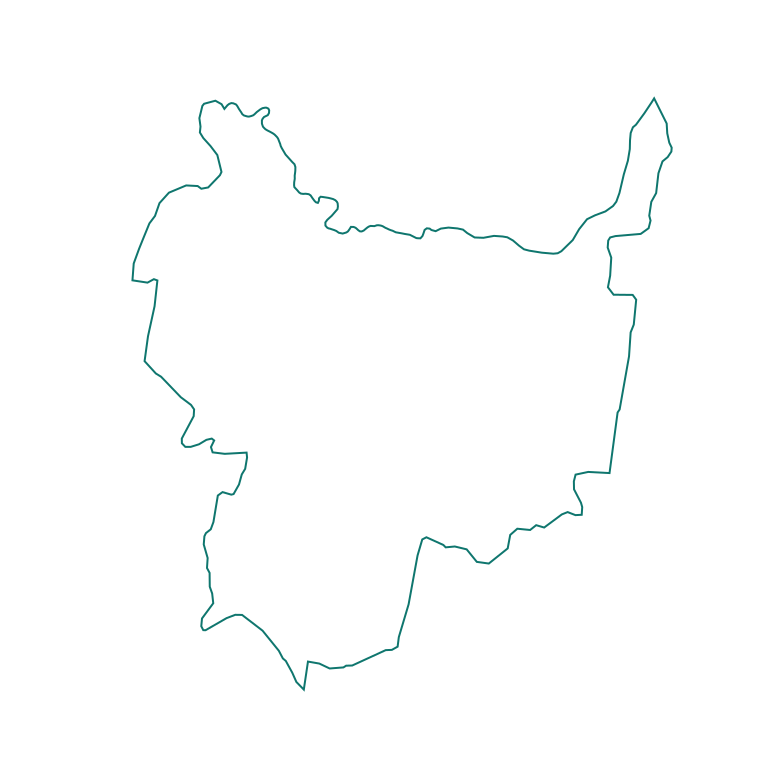 outline of Santa Catarina Mita, Jutiapa, Guatemala, rotated 6°
{"feature_id": "79465075B98787750844284", "entity_name": "Santa Catarina Mita", "entity_type": "district", "adm_level": 2, "iso_a3": "GTM", "parent_name": "Guatemala", "parent_adm1": "Jutiapa", "projection": "equal_earth", "projection_center": [-89.779, 14.442], "detail": "fine", "context": "isolated", "style": "outline", "palette": "teal", "viewbox_px": 768, "rotation_deg": 6, "n_neighbors": 0, "source": "geoboundaries", "source_scale": "gbopen_adm2", "svg_char_len": 4010}
<svg xmlns="http://www.w3.org/2000/svg" viewBox="0 0 768 768"><g transform="rotate(6 384 384)"><path d="M622.8,71.7L620.8,75.8L614.6,87.6L607.5,99.8L604.7,102.7L603.1,108.6L603.2,115.9L603.9,124.7L603.2,136.5L600.6,150.4L598.2,169.4L596.0,178.4L593.2,183.0L586.2,189.2L576.2,194.2L568.7,198.9L561.9,209.6L556.7,221.1L546.5,233.4L543.1,235.8L538.8,236.7L527.2,236.9L514.4,236.2L509.1,235.4L503.8,232.3L497.3,227.8L491.3,225.2L486.5,224.9L477.9,225.2L467.6,228.2L458.8,228.8L451.0,225.2L446.4,222.2L440.8,221.6L431.8,221.7L424.3,223.5L419.4,226.6L415.1,225.9L413.2,224.7L410.3,224.7L408.3,226.5L407.4,230.6L406.8,232.8L405.0,235.3L402.8,235.5L400.9,235.5L398.3,234.5L395.4,233.4L394.1,232.9L388.9,232.6L385.8,232.3L379.9,231.9L378.2,231.3L376.6,230.7L374.6,230.3L372.5,229.7L371.2,229.2L369.0,228.5L366.4,227.3L365.0,226.9L363.4,226.7L361.6,226.7L360.3,226.9L357.9,228.0L354.1,228.2L352.5,229.0L351.2,230.0L349.6,231.6L347.8,233.5L345.9,234.6L344.1,234.7L342.4,233.8L341.1,232.8L339.4,231.6L337.4,231.0L334.7,231.2L333.6,233.5L332.2,236.0L330.8,237.2L327.2,238.7L323.2,238.3L320.6,236.8L318.3,236.1L315.9,235.6L314.2,235.2L312.5,235.0L311.1,234.4L309.2,232.6L308.8,229.4L310.4,226.7L311.8,225.1L314.4,222.2L319.5,214.9L319.6,212.2L319.0,209.1L318.1,207.7L316.4,206.3L314.1,205.4L311.6,205.0L309.3,204.7L303.3,204.4L301.4,204.4L300.0,206.1L300.1,208.6L299.3,210.8L297.3,210.4L295.8,209.2L293.5,206.7L291.3,204.1L289.4,203.1L287.5,203.0L286.0,203.0L283.7,203.4L281.4,203.3L279.6,202.4L277.3,200.2L274.3,197.6L273.8,195.7L273.6,192.7L273.8,189.3L273.4,186.0L273.5,183.0L273.5,181.1L273.2,177.5L272.0,174.8L269.4,172.7L266.1,169.7L262.1,166.1L257.6,160.0L256.3,157.9L255.7,156.2L254.7,154.3L253.0,151.0L251.9,149.7L250.5,148.5L249.0,147.3L247.2,146.3L244.4,145.1L241.5,144.0L239.4,143.0L237.9,141.8L236.7,140.7L235.4,137.9L235.0,134.6L235.6,132.8L236.8,131.0L240.3,128.8L241.3,126.5L241.2,123.8L240.2,122.2L238.2,121.5L236.9,121.6L234.3,122.4L232.3,123.8L229.0,126.9L227.0,129.3L225.9,130.4L223.9,131.4L221.7,132.2L220.0,132.2L216.7,131.6L214.9,130.5L213.5,128.6L212.2,127.1L210.8,125.4L209.7,123.8L208.6,122.4L207.5,121.4L204.7,120.6L202.8,120.6L200.8,121.6L199.2,123.1L196.5,127.1L193.2,122.7L186.7,119.9L175.8,124.1L174.3,126.4L172.6,138.9L174.6,147.2L174.6,153.1L178.6,158.3L186.6,165.5L194.3,173.7L200.2,190.1L199.0,193.5L188.6,206.9L181.9,208.9L178.0,206.6L166.5,207.2L150.1,216.2L141.8,227.6L138.7,240.8L133.9,248.8L128.9,266.0L126.3,275.1L122.5,290.3L123.0,307.2L138.2,307.9L144.2,303.8L147.8,304.7L147.7,330.6L144.3,361.3L143.5,386.3L156.0,397.4L161.6,400.1L183.3,418.4L194.3,425.0L197.8,429.1L198.1,435.9L188.6,459.4L189.2,464.1L193.0,467.3L198.4,466.7L206.3,463.3L213.2,458.1L218.4,456.3L221.0,457.9L218.5,464.8L220.7,469.9L232.9,470.1L254.5,466.6L255.5,471.4L254.8,482.9L252.0,488.8L250.3,499.1L245.9,509.2L243.7,510.0L234.7,508.4L230.4,512.3L228.8,539.1L226.9,546.6L222.5,550.9L221.3,554.2L221.5,562.4L226.8,575.5L227.2,585.5L230.3,590.1L231.9,603.8L235.0,610.3L237.1,619.9L227.5,636.2L227.6,644.0L230.0,647.7L232.3,647.5L251.9,633.3L260.2,629.1L267.0,628.5L289.0,642.0L307.3,660.3L312.1,667.5L315.3,669.7L323.0,680.8L328.0,689.5L336.2,696.3L337.4,668.0L348.9,668.8L359.7,672.6L373.3,670.1L375.8,668.1L381.8,667.3L413.5,648.5L419.6,647.6L425.0,643.8L425.2,634.2L431.5,600.6L435.3,551.0L438.3,534.6L442.2,532.0L459.9,537.9L462.4,540.0L471.4,538.2L483.5,539.8L494.9,551.2L507.0,551.6L524.2,534.6L525.3,520.9L531.7,514.0L544.6,513.9L550.1,508.5L558.3,510.0L574.5,495.1L580.0,492.2L588.1,494.4L594.3,493.4L594.0,485.7L592.3,481.5L584.0,468.9L583.0,461.0L584.0,454.1L596.3,450.1L617.6,449.0L619.3,387.9L621.0,384.7L624.8,330.9L623.9,306.9L626.2,298.8L626.0,273.8L622.0,269.4L603.0,271.2L596.6,264.4L597.6,252.6L596.8,234.6L592.2,224.9L592.0,217.9L593.6,214.6L598.7,212.7L623.6,207.9L630.9,201.4L632.0,193.6L630.2,188.9L630.8,174.9L634.7,165.7L634.9,145.7L637.7,133.5L642.4,128.7L645.5,122.8L645.4,118.9L642.5,114.2L639.5,105.1L637.9,95.4L622.8,71.7Z" fill="none" stroke="#0f766e" stroke-width="2"/></g></svg>